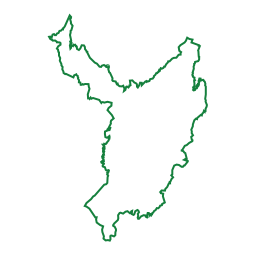 the district of Teocaltiche, Jalisco, Mexico
{"feature_id": "50627088B70831883496545", "entity_name": "Teocaltiche", "entity_type": "district", "adm_level": 2, "iso_a3": "MEX", "parent_name": "Mexico", "parent_adm1": "Jalisco", "projection": "equal_earth", "projection_center": [-102.54, 21.482], "detail": "fine", "context": "isolated", "style": "outline", "palette": "green", "viewbox_px": 256, "rotation_deg": 0, "n_neighbors": 0, "source": "geoboundaries", "source_scale": "gbopen_adm2", "svg_char_len": 5734}
<svg xmlns="http://www.w3.org/2000/svg" viewBox="0 0 256 256"><path d="M187.2,37.7L185.9,40.8L184.6,42.5L180.4,45.2L178.7,47.2L179.3,50.8L181.1,52.1L180.6,52.9L180.6,54.6L178.6,54.8L176.4,57.7L173.7,57.9L172.1,58.7L169.6,61.3L168.2,61.3L167.9,62.4L166.2,64.2L164.9,66.7L164.1,66.6L163.4,67.9L162.0,68.6L160.8,68.2L160.6,69.1L159.8,69.4L160.0,70.1L159.7,71.1L159.1,71.4L158.8,70.9L158.3,72.2L157.6,72.3L157.2,73.1L156.3,73.1L155.3,74.9L153.9,76.1L153.9,77.0L152.7,78.6L150.2,79.1L149.4,81.0L147.6,81.6L146.9,81.1L146.5,81.7L146.1,81.2L145.4,81.5L141.8,85.2L141.7,82.8L140.1,82.7L139.2,85.3L137.8,87.5L137.0,86.7L136.9,84.3L136.3,83.5L134.2,82.4L132.4,80.4L129.9,80.6L130.5,85.2L129.4,85.5L129.5,86.1L128.4,87.5L126.9,86.5L126.2,86.8L125.3,90.0L124.0,91.0L124.5,88.7L123.2,85.7L121.9,86.4L119.5,86.2L118.2,85.2L117.8,84.1L117.5,84.6L116.9,84.4L115.7,81.5L112.9,81.0L112.3,80.3L112.5,78.2L110.0,72.8L109.2,72.3L108.3,69.1L109.0,67.0L108.8,66.3L107.5,67.3L106.1,66.9L105.7,66.0L106.0,65.7L105.2,65.9L104.0,65.0L101.9,65.7L101.1,66.9L99.5,66.7L97.0,63.7L94.8,62.6L89.9,57.8L87.3,52.6L87.3,51.8L86.6,51.7L86.2,50.5L85.1,49.3L84.8,46.8L83.9,45.4L81.7,45.3L80.3,48.5L78.9,50.0L77.0,48.9L76.8,46.6L76.3,46.0L75.7,46.2L75.2,44.8L74.6,45.0L73.5,44.6L73.0,46.1L71.8,45.5L71.1,46.4L71.0,47.9L70.4,48.6L69.9,45.4L71.1,43.6L70.4,43.7L70.6,42.9L70.2,41.6L71.1,41.5L71.2,40.7L70.0,35.0L70.6,32.7L70.6,30.8L71.4,30.1L72.6,25.8L70.9,23.4L71.0,22.2L70.1,19.1L70.9,18.2L71.1,17.0L69.7,15.4L64.8,26.4L63.7,27.9L63.2,28.1L63.0,29.3L62.5,29.1L60.9,30.7L59.5,30.9L58.5,33.0L57.0,33.5L56.0,35.1L54.8,35.1L54.0,34.1L52.6,34.6L51.7,37.3L50.4,36.6L49.1,36.8L50.2,38.9L51.7,39.8L52.0,39.6L52.7,40.6L55.1,40.5L56.8,41.7L56.9,42.3L59.7,42.4L60.5,43.1L60.5,44.7L58.2,46.3L56.9,48.6L58.0,49.6L58.4,51.9L59.0,52.4L59.0,55.6L60.2,58.1L59.8,60.7L61.4,64.0L61.4,65.4L62.6,67.0L62.3,69.3L63.4,71.5L63.6,73.0L65.2,74.1L65.8,73.8L73.4,77.4L74.2,75.3L76.2,74.4L76.3,75.0L77.7,75.9L77.7,76.9L78.2,77.5L78.0,78.6L79.0,80.2L78.9,82.3L80.3,82.5L80.7,84.8L81.8,84.8L82.7,84.1L83.6,84.6L85.0,84.0L88.5,84.1L88.8,86.7L89.5,88.8L87.8,94.3L88.1,98.4L89.2,98.3L89.6,98.9L90.6,97.5L91.4,98.7L93.0,98.0L99.2,99.9L101.3,102.9L101.7,102.3L102.8,102.1L104.3,102.6L107.6,101.8L111.6,102.8L111.4,105.7L108.7,107.9L107.5,110.1L111.9,115.1L113.7,118.4L111.1,120.6L110.7,122.2L110.9,123.5L108.9,127.4L110.3,127.9L109.5,130.1L108.4,130.2L108.7,128.1L107.4,129.4L107.3,130.6L105.0,131.5L104.9,133.9L105.4,137.1L107.1,137.8L109.4,136.0L109.6,136.9L109.4,138.8L108.9,139.0L108.6,140.5L106.5,142.9L106.6,143.2L105.6,144.2L104.2,143.8L104.1,144.7L102.9,144.7L104.6,147.0L104.4,147.6L103.4,147.2L102.8,148.3L103.2,149.4L104.3,149.4L104.0,150.0L103.1,150.0L103.0,151.7L104.1,151.8L103.7,153.0L104.0,154.7L103.1,154.7L103.5,156.8L102.7,156.5L102.6,155.7L102.1,156.5L102.5,158.2L103.6,159.4L103.9,161.3L103.5,161.6L102.5,160.8L101.2,161.9L101.6,162.8L103.9,163.6L103.7,164.3L102.8,165.1L102.6,166.0L103.0,166.6L104.9,167.2L105.8,169.9L106.7,170.6L108.5,170.1L108.9,170.4L108.5,172.0L107.2,172.9L107.7,173.6L107.3,174.2L107.7,174.4L107.7,175.5L108.1,175.8L107.6,177.1L107.3,182.9L106.2,184.2L104.2,184.7L94.7,195.6L93.2,196.4L91.2,199.0L86.5,203.0L84.8,206.0L86.5,206.6L89.4,208.6L95.3,217.4L96.6,217.3L96.1,219.5L96.7,222.5L100.1,225.0L103.1,226.3L102.1,229.7L102.4,232.1L103.9,236.3L103.5,238.6L105.6,240.4L108.0,240.1L109.8,240.6L110.5,239.2L110.3,236.2L110.6,235.7L111.6,235.5L114.0,236.4L115.3,235.2L115.4,232.2L116.0,230.5L115.9,229.1L114.6,226.6L113.3,226.0L113.1,225.2L114.2,223.5L117.8,220.1L118.3,218.4L118.1,215.2L119.6,213.0L120.5,212.7L123.1,213.6L125.5,211.7L127.5,211.2L129.9,213.2L130.5,212.9L131.3,211.3L132.1,210.9L131.7,214.0L133.5,214.9L134.2,214.4L135.3,211.2L137.4,210.0L138.3,210.6L139.0,212.2L137.8,213.9L138.2,215.5L137.7,217.7L138.2,218.8L139.1,218.7L140.9,216.5L143.6,215.2L145.4,215.4L145.8,216.7L147.2,217.5L147.6,217.2L147.3,214.5L147.7,213.0L148.8,213.0L149.8,215.4L150.3,214.5L151.0,215.1L151.1,214.1L152.1,214.3L152.4,212.9L153.2,212.6L154.2,210.9L155.5,210.2L156.8,208.1L158.2,208.3L159.5,207.1L160.1,205.7L161.9,205.2L162.1,204.0L164.8,202.5L162.9,196.3L163.2,193.7L160.9,193.2L160.9,192.4L160.3,192.0L161.6,190.5L165.0,190.6L165.3,189.0L167.2,187.0L168.9,183.3L170.0,183.3L169.8,182.0L170.2,182.0L171.5,179.1L173.1,177.3L171.3,175.3L172.3,174.3L172.3,170.1L174.2,165.6L176.6,164.6L179.0,165.0L181.6,166.8L182.9,166.8L183.9,165.5L184.6,165.5L187.7,161.6L187.8,161.1L184.1,159.8L184.9,159.3L185.8,159.9L185.8,159.2L186.3,159.4L186.8,159.0L185.3,153.1L184.3,152.5L183.3,151.1L180.9,150.4L182.1,150.3L184.8,145.8L186.7,145.1L189.2,142.9L192.3,141.2L192.5,140.2L191.8,139.6L191.2,136.9L193.0,135.3L191.7,133.1L191.8,131.3L191.3,129.7L192.8,126.3L192.9,124.4L194.3,120.3L195.9,118.7L197.0,119.1L197.2,118.0L200.8,114.9L201.8,115.4L202.3,113.6L203.4,112.6L203.9,110.9L204.7,111.7L204.8,110.9L205.5,111.0L205.6,108.7L206.6,106.7L206.9,105.0L205.6,101.6L205.8,100.4L205.2,98.9L205.8,94.5L205.8,86.6L205.1,85.2L205.4,83.9L204.7,81.6L204.0,81.1L203.6,80.2L203.1,79.8L200.8,80.6L200.6,78.6L199.4,78.5L199.1,79.3L199.4,79.7L198.6,80.9L199.1,81.5L198.9,81.7L199.2,82.3L198.9,83.4L198.0,83.6L198.2,84.7L198.8,84.9L198.5,85.7L197.9,86.4L197.7,85.2L197.0,85.1L196.5,86.0L196.8,88.1L196.0,88.1L195.4,89.3L194.7,88.6L194.4,90.2L193.6,90.4L193.1,89.9L193.6,89.1L193.1,87.3L194.6,86.2L194.3,85.5L194.5,83.9L194.1,80.8L195.0,80.2L194.3,79.3L194.5,77.6L193.3,77.1L192.8,76.4L192.9,75.5L192.3,74.9L193.0,73.1L192.6,72.6L193.8,68.7L193.6,66.5L194.2,65.2L194.1,63.9L194.8,63.5L195.1,61.9L198.2,61.1L199.1,59.6L199.2,56.9L198.8,56.8L198.7,56.0L198.4,51.2L198.1,50.6L199.8,46.1L198.7,45.8L198.9,45.2L191.5,42.5L192.5,39.6L189.4,39.0L187.2,37.7Z" fill="none" stroke="#15803d" stroke-width="2"/></svg>